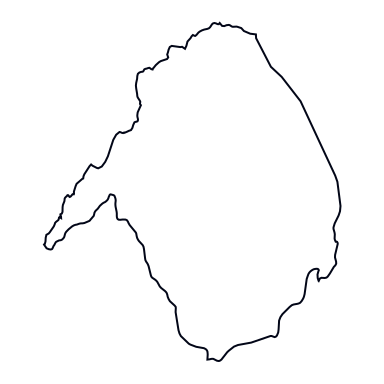 the border of Vakaga
{"feature_id": "CAF-812", "entity_name": "Vakaga", "entity_type": "Prefecture", "adm_level": 1, "iso_a3": "CAF", "parent_name": "Central African Republic", "parent_adm1": "", "projection": "equal_earth", "projection_center": [21.98, 9.792], "detail": "fine", "context": "isolated", "style": "outline", "palette": "ink", "viewbox_px": 384, "rotation_deg": 0, "n_neighbors": 0, "source": "natural_earth", "source_scale": "10m", "svg_char_len": 4540}
<svg xmlns="http://www.w3.org/2000/svg" viewBox="0 0 384 384"><path d="M255.9,34.4L256.1,38.2L270.9,66.8L281.7,76.9L300.6,101.3L317.9,138.5L335.2,175.6L337.4,181.8L340.5,206.0L340.0,211.3L338.6,215.5L334.7,223.4L333.5,227.4L333.5,228.9L334.5,232.4L334.8,234.2L334.6,238.6L334.9,239.9L335.7,241.7L336.5,241.6L337.1,241.9L337.7,243.1L337.7,244.0L335.1,254.9L335.0,257.4L336.1,261.6L336.2,263.7L335.3,265.4L333.9,266.8L329.9,273.5L327.7,276.6L326.5,277.6L324.8,278.0L321.4,277.8L319.8,278.6L318.7,281.0L318.6,280.9L317.7,278.0L317.5,274.5L318.3,271.6L318.8,270.2L318.4,269.4L317.7,268.9L316.5,268.8L315.4,268.9L313.9,269.2L312.6,269.8L311.4,270.6L310.3,271.5L309.3,272.6L308.4,274.1L307.6,276.3L306.7,279.0L304.6,294.1L303.9,296.8L303.2,298.5L301.7,301.0L300.2,302.7L299.5,303.1L298.6,303.5L297.5,303.8L293.6,304.5L291.8,305.2L289.6,307.0L282.4,314.2L280.4,317.2L279.1,320.6L278.6,329.4L278.2,332.5L276.9,335.6L275.8,336.7L274.6,337.1L271.6,336.0L270.5,336.0L251.2,342.6L238.0,345.0L234.0,346.6L228.8,350.7L227.2,352.2L221.5,359.5L220.4,360.4L219.4,360.9L218.7,361.0L217.9,360.9L216.9,360.7L213.4,358.9L212.1,358.8L210.8,359.0L209.7,359.3L207.4,359.6L207.7,354.7L207.6,353.0L207.4,351.4L206.8,350.2L205.7,349.1L204.0,348.2L196.2,346.8L190.4,344.6L188.8,343.7L180.9,336.1L179.5,333.5L178.5,330.2L175.6,312.1L175.8,308.2L175.7,306.9L174.7,305.6L169.9,301.2L168.6,299.0L167.7,296.8L167.3,294.8L166.8,293.3L166.3,292.4L165.1,291.1L161.3,288.1L159.8,286.5L157.3,281.9L156.2,280.6L155.0,279.6L152.2,277.7L151.3,276.6L150.8,275.1L148.6,266.2L147.8,264.2L146.9,262.7L146.1,261.6L145.4,260.1L145.1,258.4L144.0,249.2L143.5,246.7L142.7,245.1L138.9,241.0L137.9,239.5L137.1,237.8L136.7,236.2L136.2,233.4L135.8,232.5L129.7,225.1L128.6,223.2L127.9,221.6L126.9,220.2L125.6,219.6L122.9,219.5L120.2,219.8L118.7,219.7L117.7,219.1L117.2,218.3L116.9,217.2L116.8,216.0L116.8,213.3L116.6,211.7L115.6,206.8L115.4,204.9L115.4,203.3L115.7,200.6L115.6,199.5L115.4,198.4L114.8,196.7L114.3,195.6L113.4,195.1L110.8,194.4L110.3,194.4L109.7,194.9L109.2,196.0L108.8,196.8L108.3,198.4L108.0,199.0L107.7,199.6L107.2,200.2L106.4,201.0L105.7,201.6L105.0,202.1L103.5,202.8L102.2,203.7L99.9,205.8L97.8,208.7L95.6,210.8L95.0,211.7L94.5,212.6L94.2,214.1L93.8,215.6L93.5,216.2L93.1,216.6L92.3,217.5L91.6,218.4L90.4,219.7L90.1,220.3L89.2,221.0L84.4,223.0L82.8,223.3L80.6,223.4L79.3,223.7L76.8,224.6L75.5,224.8L73.8,225.4L72.1,226.4L68.6,229.3L66.2,231.8L65.6,232.7L65.2,233.5L65.0,234.1L64.4,236.4L64.2,237.0L63.9,237.6L63.5,238.1L62.3,239.4L61.7,239.8L60.8,240.2L59.1,240.4L56.4,241.7L55.8,242.2L55.5,242.7L55.2,243.2L54.6,244.4L54.3,245.0L53.6,245.9L52.5,248.4L52.1,249.0L51.5,249.3L50.6,249.5L48.8,249.2L46.6,248.3L43.9,244.4L43.5,243.9L44.2,244.3L44.8,244.0L45.5,241.4L45.7,237.8L46.4,234.8L48.7,233.5L49.8,232.2L53.8,226.4L54.7,224.3L55.1,222.9L56.1,221.8L58.3,220.1L58.8,218.9L59.0,217.6L59.5,217.1L61.1,218.1L61.0,216.3L60.8,215.8L60.4,215.2L60.4,214.3L61.8,213.6L62.5,211.9L62.6,207.1L62.9,205.0L64.4,201.2L64.7,198.5L65.0,197.9L65.6,197.2L66.3,196.5L66.8,196.2L67.0,195.9L67.1,195.6L67.3,195.3L67.9,195.1L68.4,195.4L69.4,196.8L69.7,197.0L70.5,196.6L71.2,195.9L72.6,194.2L73.0,194.1L73.5,194.3L73.8,194.3L74.0,193.7L73.9,191.8L74.0,191.3L75.6,186.2L76.6,183.8L82.4,178.8L83.2,178.5L83.5,176.3L84.3,174.3L89.6,166.1L91.1,164.5L92.5,165.7L96.8,167.9L98.2,168.3L101.8,166.5L105.2,161.9L107.9,156.3L113.3,139.8L116.2,134.7L119.5,132.0L120.5,132.2L121.8,132.8L123.1,133.1L124.1,132.5L124.5,132.8L127.8,131.4L128.4,131.0L131.0,130.1L132.4,127.9L133.2,125.1L134.4,122.4L135.3,121.9L136.5,121.7L137.5,121.3L138.0,120.0L137.9,118.8L137.4,116.8L137.3,115.3L137.7,112.3L140.9,105.2L140.1,104.2L140.0,103.3L140.2,102.3L140.2,101.4L139.5,100.2L137.7,97.4L137.3,96.1L137.1,93.8L136.2,88.4L135.9,85.6L136.2,82.9L137.1,78.8L137.3,76.0L137.9,73.8L139.4,72.5L141.1,71.9L142.7,71.7L143.3,71.3L143.8,70.3L144.4,69.3L145.5,68.8L146.3,68.7L148.3,68.0L149.4,67.8L151.4,69.2L152.6,69.5L153.1,68.3L153.4,68.1L155.8,65.1L159.0,62.2L160.8,61.1L167.1,59.0L168.2,57.4L167.2,54.5L167.9,52.5L168.6,49.7L169.8,47.0L171.7,45.9L180.4,47.1L182.1,46.8L185.0,48.8L186.4,45.8L187.5,41.5L190.5,38.2L191.6,36.3L192.9,35.0L194.5,35.8L195.3,35.9L196.5,34.9L198.4,32.6L199.7,31.6L201.9,30.4L204.1,29.6L204.5,29.5L207.3,28.9L208.9,28.3L210.1,27.2L212.0,24.3L213.0,23.4L214.4,23.0L216.0,23.4L217.5,24.1L218.8,24.2L219.7,23.0L222.1,25.9L224.3,26.1L226.5,25.2L228.9,24.9L229.8,25.2L231.8,26.5L232.8,26.8L236.4,26.6L237.4,26.8L241.3,28.1L243.9,31.0L250.2,33.7L255.9,34.4Z" fill="none" stroke="#020617" stroke-width="2"/></svg>